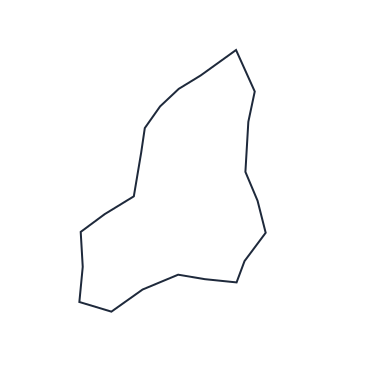 Agia Eirini Lefkosias, Nicosia, Cyprus, rotated 205°
{"feature_id": "46923920B45415874834120", "entity_name": "Agia Eirini Lefkosias", "entity_type": "district", "adm_level": 2, "iso_a3": "CYP", "parent_name": "Cyprus", "parent_adm1": "Nicosia", "projection": "albers", "projection_center": [32.964, 34.983], "detail": "fine", "context": "isolated", "style": "outline", "palette": "slate", "viewbox_px": 384, "rotation_deg": 205, "n_neighbors": 0, "source": "geoboundaries", "source_scale": "gbopen_adm2", "svg_char_len": 438}
<svg xmlns="http://www.w3.org/2000/svg" viewBox="0 0 384 384"><g transform="rotate(205 192 192)"><path d="M115.2,151.6L108.0,186.2L128.9,211.8L152.1,232.8L170.6,279.4L177.6,309.6L212.1,339.3L233.4,301.3L247.6,279.9L257.1,256.1L261.8,230.0L254.7,206.2L242.9,163.5L261.8,135.0L276.0,108.8L259.4,78.0L247.6,44.7L214.5,49.5L195.6,82.7L169.6,111.2L143.6,118.4L113.4,128.9L115.2,151.6Z" fill="none" stroke="#1e293b" stroke-width="2"/></g></svg>